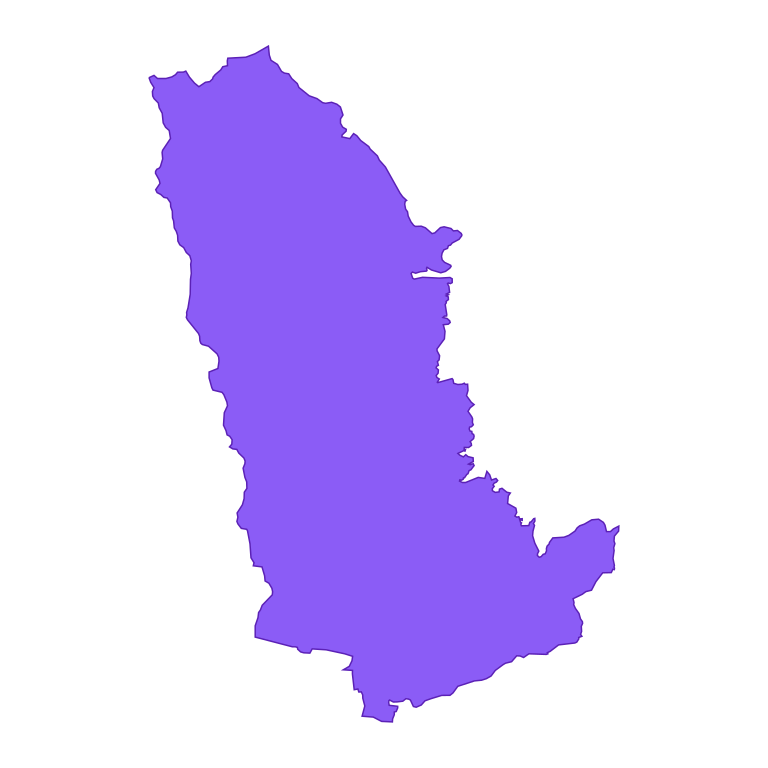 the district of Glogova, Mehedinti, Romania
{"feature_id": "2599482B38574627683383", "entity_name": "Glogova", "entity_type": "district", "adm_level": 2, "iso_a3": "ROU", "parent_name": "Romania", "parent_adm1": "Mehedinti", "projection": "mercator", "projection_center": [22.923, 44.916], "detail": "fine", "context": "isolated", "style": "filled", "palette": "violet", "viewbox_px": 768, "rotation_deg": 0, "n_neighbors": 0, "source": "geoboundaries", "source_scale": "gbopen_adm2", "svg_char_len": 6090}
<svg xmlns="http://www.w3.org/2000/svg" viewBox="0 0 768 768"><path d="M486.3,678.7L491.1,676.0L495.3,670.4L503.0,664.7L505.5,663.2L511.6,661.7L516.7,655.8L520.2,656.0L523.6,657.5L528.9,653.8L546.4,654.4L547.9,653.8L547.3,652.7L550.1,651.4L558.6,644.9L574.9,643.0L576.8,642.1L578.8,638.9L578.7,637.5L581.9,636.3L580.6,634.4L581.6,631.4L581.3,626.3L582.6,623.4L582.4,621.6L580.5,618.9L579.0,613.5L575.4,608.4L573.7,604.7L574.0,602.5L573.1,598.7L582.2,594.3L585.9,591.6L591.5,590.2L595.9,581.7L602.7,572.8L611.3,572.6L612.8,569.3L614.3,569.6L614.5,568.1L614.0,567.1L614.4,565.5L613.0,558.4L614.1,550.5L613.7,547.7L614.9,543.7L614.0,541.0L614.4,536.1L618.6,531.1L618.8,526.1L613.4,528.9L610.4,531.6L606.5,531.6L605.0,525.2L603.4,522.4L598.6,519.2L591.8,519.8L584.4,524.1L579.7,525.8L577.2,527.8L575.0,531.1L568.8,535.4L564.0,537.2L552.8,537.9L549.5,542.4L549.1,544.0L547.1,546.1L546.4,548.5L546.5,550.9L545.2,553.8L543.2,554.3L541.2,556.6L539.3,557.3L537.4,555.5L537.5,553.8L538.8,551.1L534.8,543.1L532.6,535.7L533.0,531.1L534.5,525.4L533.4,523.5L534.9,521.1L534.8,518.4L533.7,518.7L531.2,521.8L529.8,522.3L528.8,525.6L521.4,525.8L520.8,524.0L521.5,522.9L520.5,522.1L519.7,519.6L522.2,520.3L522.2,518.7L519.7,518.9L518.8,516.7L516.8,517.2L514.9,516.0L516.7,512.5L515.9,508.2L507.6,503.5L508.3,495.9L510.3,493.0L506.8,492.2L502.0,488.3L499.5,489.1L499.1,491.9L495.2,492.4L492.4,490.7L492.3,488.7L494.2,486.3L493.0,485.0L494.1,483.2L496.4,482.1L497.7,480.5L496.0,478.5L491.5,480.0L489.7,474.8L486.9,471.4L484.8,478.4L478.2,477.4L465.6,482.5L462.4,482.5L459.5,481.1L459.9,479.8L461.4,480.2L463.1,479.4L463.5,477.9L464.5,477.8L466.8,474.4L468.0,473.7L469.1,470.6L470.9,469.8L474.1,465.6L473.2,463.7L470.3,464.7L468.5,464.1L473.3,461.5L473.1,457.8L468.0,456.6L465.8,454.7L463.4,456.9L459.8,455.2L457.9,453.4L463.7,450.7L465.0,451.1L465.5,449.5L464.1,449.8L464.3,447.4L468.6,447.5L471.5,445.4L471.2,443.3L470.1,441.7L473.6,438.6L474.1,436.1L473.6,434.4L472.1,433.6L471.8,431.4L470.0,431.0L469.2,429.0L469.6,427.1L471.5,426.7L473.3,424.8L472.4,422.5L472.6,418.9L471.9,417.0L468.0,411.3L470.2,407.7L474.1,404.6L471.3,402.3L466.5,395.7L468.0,390.4L467.6,384.2L465.3,384.4L464.3,383.2L462.1,384.2L457.8,384.5L453.7,383.3L453.0,379.7L452.1,378.6L437.8,382.6L437.3,382.2L439.3,379.0L436.9,377.5L436.2,375.5L438.1,373.2L438.4,369.9L436.1,367.9L436.6,366.3L438.4,365.3L437.4,361.6L439.1,359.9L439.6,355.7L437.1,350.9L437.0,348.9L444.4,338.9L445.0,331.3L443.3,324.7L448.3,324.2L450.2,322.5L449.7,320.8L447.1,318.5L442.9,317.5L444.4,316.1L446.6,316.0L446.8,314.7L445.2,304.5L446.3,302.8L446.1,301.4L448.4,299.6L448.3,296.9L446.2,295.9L448.4,294.8L446.4,294.0L449.6,292.4L448.9,286.4L447.5,283.7L448.2,283.0L450.4,283.6L452.2,282.6L452.2,278.8L450.0,277.5L439.4,278.1L422.6,277.3L414.3,279.1L412.7,278.2L411.1,273.4L412.4,272.1L415.7,273.2L420.4,271.7L426.4,271.1L427.0,270.5L426.5,268.1L427.0,267.3L431.5,270.0L440.8,272.8L445.5,271.4L449.8,268.2L451.1,266.4L450.7,265.3L444.6,262.4L442.2,259.9L441.5,256.5L442.1,253.2L443.9,249.8L447.5,248.4L448.4,245.7L450.5,245.1L452.2,243.0L459.1,239.3L461.7,235.8L461.9,234.9L461.2,233.4L457.5,230.5L453.4,230.9L451.0,228.5L444.1,226.8L440.4,227.6L434.8,232.9L432.0,233.6L425.4,227.8L421.3,226.2L415.3,226.4L413.6,225.3L411.0,221.9L408.2,216.1L407.5,211.7L405.6,209.1L404.7,204.2L405.2,201.3L406.6,200.4L402.6,196.7L400.0,193.1L385.4,167.0L379.3,160.1L377.4,155.9L370.2,149.1L368.8,146.6L360.7,140.5L356.8,135.7L353.6,133.6L349.8,138.6L341.9,136.9L342.1,135.0L346.1,131.2L346.3,129.3L342.6,127.1L340.5,123.3L340.5,118.9L343.0,115.0L340.4,107.0L336.9,104.2L331.6,102.3L325.6,103.3L322.7,102.7L317.0,98.6L309.2,95.8L298.9,87.5L297.3,83.6L291.8,78.6L288.7,73.8L284.4,73.1L281.5,71.4L277.5,64.5L271.0,60.3L269.3,55.1L268.4,46.1L254.9,53.8L245.9,57.2L227.8,58.2L227.3,60.9L227.5,65.7L222.8,66.7L220.7,70.0L215.2,74.6L213.1,77.1L212.6,78.9L209.8,81.6L205.4,82.3L198.9,86.7L194.5,83.1L189.4,77.1L185.8,71.1L183.4,72.1L177.6,72.2L175.5,74.7L171.9,76.9L166.0,78.5L157.5,78.5L154.0,75.4L149.4,77.5L149.2,78.2L150.7,82.3L154.0,87.6L152.4,91.5L152.7,96.0L154.1,98.7L158.3,103.0L159.2,107.8L162.2,113.3L163.2,122.9L165.6,127.3L169.2,130.5L170.5,138.5L162.6,150.3L162.1,152.5L162.7,158.9L160.4,166.6L159.0,168.3L156.8,169.3L155.6,171.3L155.5,173.3L159.2,180.0L160.0,183.4L155.7,189.7L157.1,192.6L160.8,194.5L163.9,197.4L167.2,198.0L170.5,202.8L170.7,206.7L172.3,211.1L172.5,217.9L173.6,220.9L174.3,227.9L176.3,231.4L177.6,235.3L177.9,241.1L179.8,244.8L183.7,247.6L186.3,252.5L189.8,255.7L191.3,260.8L190.7,264.3L191.3,273.4L190.5,279.3L190.2,294.3L188.0,307.9L186.6,312.4L186.8,315.0L186.3,317.4L187.5,319.8L198.5,333.5L199.6,336.2L199.9,340.7L200.8,343.2L202.3,344.5L208.5,346.2L217.1,353.9L218.7,357.2L219.0,361.1L217.9,368.5L209.1,372.0L209.1,377.9L211.8,387.7L213.0,390.1L222.0,392.3L223.8,394.6L226.9,402.1L227.5,405.8L224.3,412.7L223.5,425.2L226.0,430.6L227.1,434.9L229.7,436.2L232.1,439.7L231.8,444.2L229.5,446.9L232.8,448.9L236.8,449.4L238.8,453.1L243.9,458.0L245.1,461.0L244.9,463.7L243.1,468.2L244.9,477.3L246.7,481.9L246.9,488.4L244.3,492.2L244.1,498.7L242.4,504.8L237.1,513.0L237.9,517.2L236.9,521.4L237.9,523.9L241.3,528.4L246.7,529.3L247.5,530.8L250.0,543.8L251.0,557.8L254.0,562.7L253.3,565.8L262.0,566.9L264.6,575.8L265.1,581.0L268.9,583.2L271.9,588.3L272.6,591.7L272.3,594.8L262.2,605.3L260.4,610.0L258.6,612.5L258.0,617.6L255.2,625.8L255.2,637.1L292.4,646.8L295.4,646.8L297.4,647.4L297.7,649.2L300.6,651.9L303.7,652.8L309.9,653.1L312.2,648.9L326.2,649.8L344.7,653.8L352.6,656.3L352.0,660.7L349.3,666.3L343.3,669.8L352.5,670.4L352.4,673.8L354.2,689.7L357.9,689.0L358.8,692.0L361.3,691.9L362.7,694.9L362.8,698.2L364.8,706.0L362.1,716.2L373.3,717.1L381.6,721.4L392.4,721.9L392.6,718.9L394.3,714.7L394.3,712.0L396.2,711.5L397.7,707.9L397.7,706.3L389.2,705.3L388.7,702.6L388.9,700.6L389.6,700.0L393.3,702.0L397.0,701.9L402.8,701.2L405.9,698.7L408.6,699.1L410.4,700.0L413.4,706.5L416.2,707.2L421.3,705.0L425.0,700.8L431.2,698.6L441.7,695.4L450.0,695.3L453.0,692.9L457.8,686.3L474.4,680.9L481.6,680.2L486.3,678.7Z" fill="#8b5cf6" stroke="#5b21b6" stroke-width="1.5"/></svg>